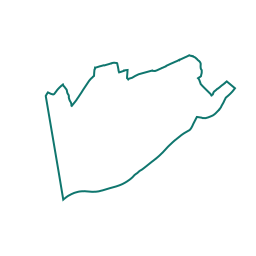 the district of Brielle, Zuid-Holland, Netherlands, rotated 109°
{"feature_id": "6326949B68429604867621", "entity_name": "Brielle", "entity_type": "district", "adm_level": 2, "iso_a3": "NLD", "parent_name": "Netherlands", "parent_adm1": "Zuid-Holland", "projection": "robinson", "projection_center": [4.167, 51.891], "detail": "fine", "context": "isolated", "style": "outline", "palette": "teal", "viewbox_px": 256, "rotation_deg": 109, "n_neighbors": 0, "source": "geoboundaries", "source_scale": "gbopen_adm2", "svg_char_len": 5083}
<svg xmlns="http://www.w3.org/2000/svg" viewBox="0 0 256 256"><g transform="rotate(109 128 128)"><path d="M216.8,165.9L215.9,165.4L214.6,164.5L213.6,163.9L211.8,162.6L211.0,161.9L210.2,161.1L209.4,160.4L208.6,159.6L207.9,158.8L207.2,158.1L206.5,157.2L205.8,156.2L204.7,154.6L204.2,153.8L203.7,152.9L203.3,152.0L202.9,151.1L202.2,149.2L201.8,148.2L201.6,147.3L200.8,144.2L200.3,142.3L200.1,141.5L199.8,140.6L199.4,139.5L198.8,137.9L198.4,137.0L197.9,136.0L197.5,135.2L196.8,134.1L196.3,133.4L195.3,131.8L190.9,125.7L187.2,120.3L186.5,119.4L185.8,118.5L185.1,117.6L183.8,116.1L182.7,114.9L181.4,113.7L180.2,112.6L179.4,112.0L178.6,111.3L177.3,110.4L176.7,109.9L175.0,108.8L173.1,107.7L170.3,106.5L168.4,105.2L167.8,104.7L167.5,104.5L164.9,103.1L162.8,101.3L160.9,100.0L151.9,94.3L150.9,93.6L147.0,91.1L144.6,89.7L143.3,89.0L140.9,87.8L140.0,87.3L132.9,84.2L130.9,83.2L129.2,82.3L126.9,81.1L124.6,79.8L118.3,75.8L117.6,75.4L116.9,74.9L115.4,73.8L114.5,73.1L113.8,72.5L110.7,69.8L110.6,69.7L110.0,69.2L109.5,68.9L109.0,68.7L108.5,68.5L108.0,68.4L107.8,68.3L107.4,68.2L106.9,68.1L105.0,67.8L102.8,67.6L95.9,66.6L95.5,66.5L95.3,66.5L95.3,66.2L95.0,66.0L94.5,63.0L94.3,62.1L94.3,61.1L94.3,60.4L93.9,59.6L93.6,58.3L93.3,57.7L91.9,55.7L90.8,54.4L89.3,52.7L88.8,52.2L88.4,51.8L87.9,51.4L86.7,50.6L85.9,50.1L81.7,48.1L81.4,48.0L81.0,47.9L81.0,47.7L80.3,47.5L80.2,47.5L78.2,46.9L76.3,46.7L72.7,46.0L71.4,45.9L67.5,45.4L64.8,43.8L63.9,43.3L62.4,42.5L60.9,41.8L59.6,41.2L58.5,40.8L57.1,40.3L56.5,40.1L55.9,39.9L55.6,39.8L51.8,49.8L52.8,50.4L52.9,50.5L53.4,50.8L53.6,50.9L53.8,50.9L54.3,51.2L54.5,51.4L54.8,51.6L55.1,51.7L55.2,51.8L56.0,52.3L56.8,52.9L57.1,53.1L58.9,54.2L59.3,54.4L59.8,54.7L60.1,54.9L60.4,55.1L60.7,55.4L61.5,55.8L61.9,56.3L62.6,56.7L63.6,57.2L64.3,57.7L64.5,57.8L64.9,58.0L65.1,58.2L65.6,58.5L66.1,58.6L66.4,58.7L66.5,58.7L66.9,58.8L67.5,58.7L67.9,58.7L68.3,58.7L68.7,58.8L69.1,59.0L69.4,59.4L69.7,59.7L70.1,59.7L70.1,59.8L69.9,60.0L69.6,60.2L69.3,60.5L69.2,60.6L69.1,60.8L68.9,61.2L65.1,69.1L64.0,71.3L62.8,73.5L62.6,73.7L61.1,74.8L60.7,75.2L60.0,75.7L59.3,76.3L58.8,76.9L58.2,77.6L58.2,77.8L58.1,78.0L57.8,77.8L57.8,77.7L57.7,77.7L56.7,76.9L55.5,76.0L55.3,75.9L55.2,75.9L54.5,76.0L53.8,76.1L52.4,76.2L51.8,76.3L51.1,76.5L49.7,77.0L49.4,77.1L49.2,77.3L49.0,77.5L48.6,78.1L48.1,78.5L47.8,78.7L47.1,79.0L46.7,79.2L45.9,79.5L45.2,79.7L44.2,80.0L43.8,80.1L43.4,80.3L43.0,80.6L42.8,80.8L42.6,81.0L42.4,81.2L42.1,81.6L41.9,81.9L41.7,82.3L41.5,82.6L41.5,82.8L40.9,84.4L40.4,85.1L40.3,85.3L40.2,85.6L40.2,85.8L39.9,86.5L39.7,86.7L39.7,86.9L39.5,87.4L39.4,87.8L39.3,88.3L39.3,89.3L39.2,89.7L39.2,90.5L39.3,92.1L39.2,92.0L39.3,92.7L39.4,93.3L39.4,93.5L39.3,93.8L40.0,94.4L41.9,96.3L42.6,97.1L43.9,98.4L44.0,98.6L44.8,99.3L45.3,100.0L45.7,100.3L46.5,101.1L46.7,101.3L46.9,101.4L46.7,101.6L47.2,102.1L47.3,102.1L47.5,102.2L47.7,102.4L47.9,102.7L48.5,103.2L50.0,104.9L51.6,106.6L53.6,108.8L54.3,109.5L54.6,109.8L56.8,112.1L57.3,112.2L58.9,114.0L59.8,114.9L60.4,115.7L61.0,116.2L62.0,117.3L64.2,119.6L64.9,120.5L65.3,121.0L66.1,123.9L65.9,124.0L70.0,130.0L73.5,135.1L73.8,135.5L76.4,138.1L79.2,140.5L81.1,143.2L82.0,143.6L81.5,144.3L81.4,144.5L81.2,145.1L80.1,145.5L76.2,146.5L74.8,146.9L74.0,147.1L73.3,147.3L74.0,148.8L74.9,150.5L75.2,150.4L77.6,153.5L77.7,153.8L78.3,154.5L77.8,155.0L77.0,155.4L76.7,155.7L76.4,155.8L75.6,156.2L74.4,156.9L72.8,157.8L72.1,158.3L71.7,158.5L70.8,159.0L70.6,159.2L70.4,159.3L70.3,159.5L70.2,159.6L70.2,159.8L70.3,160.1L70.5,161.0L70.7,161.8L70.7,162.0L70.8,162.3L70.9,162.6L71.0,162.8L71.2,163.2L71.4,163.5L71.5,163.8L71.7,164.1L72.0,164.4L72.0,164.5L72.2,164.8L72.4,164.8L72.5,165.1L72.7,165.4L73.9,167.0L75.0,168.6L75.5,169.3L76.0,170.0L76.6,170.9L76.6,171.4L78.2,173.7L79.1,175.1L79.3,175.3L79.5,175.6L80.4,176.8L80.9,177.5L81.3,178.1L81.5,178.3L81.6,178.8L82.3,178.6L82.5,178.5L83.1,178.5L83.4,178.7L83.7,178.7L86.2,178.1L87.3,177.8L88.4,177.5L89.0,177.3L89.9,177.1L90.7,177.7L91.0,177.9L91.6,178.0L91.9,178.2L92.2,178.4L93.1,178.9L93.9,179.3L95.0,179.7L95.4,179.9L96.7,180.3L106.6,182.9L108.4,183.3L110.1,183.7L111.2,184.0L113.9,184.7L115.1,185.0L115.8,185.2L116.1,185.3L117.2,185.6L117.6,185.7L118.5,185.9L120.8,186.7L121.4,186.9L121.8,187.1L122.8,187.4L123.0,187.5L123.8,187.8L125.0,188.2L126.3,188.7L125.9,188.6L125.7,188.6L124.6,189.0L123.5,189.5L123.3,189.7L122.6,190.2L122.2,190.6L121.3,191.7L121.0,192.0L120.2,192.7L119.3,193.3L118.8,193.7L118.4,193.9L118.2,194.0L117.4,194.2L117.1,194.3L116.7,194.6L116.2,194.9L116.0,195.1L115.6,195.7L114.9,196.5L114.5,196.8L113.9,197.2L112.2,198.2L111.7,198.6L111.3,199.2L111.0,199.7L109.7,201.6L109.4,202.1L109.4,202.3L109.2,202.7L109.1,202.8L108.9,203.0L108.4,203.4L108.0,203.7L108.1,203.8L108.6,204.0L109.1,204.3L109.9,204.9L110.3,205.0L110.6,205.2L111.2,205.5L111.9,205.9L112.1,206.0L113.0,206.4L113.8,206.8L114.4,207.0L115.6,207.5L116.5,207.7L117.9,208.2L118.9,208.5L119.7,208.8L120.1,209.0L120.6,209.6L120.7,210.0L120.7,210.5L120.7,210.8L120.8,211.4L120.8,211.8L120.7,212.9L120.6,213.8L120.4,215.3L122.7,215.9L124.5,216.2L191.9,179.4L216.8,165.9Z" fill="none" stroke="#0f766e" stroke-width="2"/></g></svg>